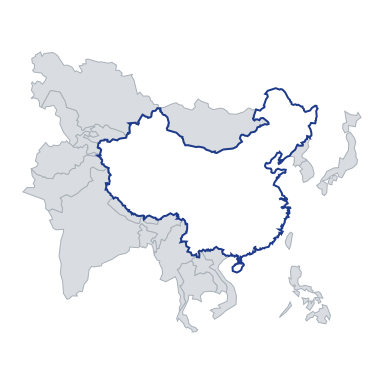 map of China with Kazakhstan, Uzbekistan, Thailand and 17 others greyed out
{"feature_id": "CHN", "entity_name": "China", "entity_type": "country or territory", "adm_level": 0, "iso_a3": "CHN", "parent_name": "Asia", "parent_adm1": "", "projection": "albers", "projection_center": [106.815, 35.887], "detail": "fine", "context": "with_neighbors", "style": "outline", "palette": "blue", "viewbox_px": 384, "rotation_deg": 0, "n_neighbors": 20, "source": "natural_earth", "source_scale": "50m", "svg_char_len": 18706}
<svg xmlns="http://www.w3.org/2000/svg" viewBox="0 0 384 384"><path d="M159.0,107.8L155.8,110.6L153.0,110.5L151.8,115.5L149.4,117.3L143.1,114.1L138.5,122.4L129.2,123.2L130.0,132.7L127.2,133.3L126.7,136.2L124.7,134.9L123.5,132.6L112.7,128.7L111.2,128.8L107.0,125.1L104.7,125.4L103.1,128.1L98.0,124.4L95.5,124.3L94.0,126.1L85.8,127.8L82.9,130.6L81.6,130.1L81.5,127.5L77.2,125.5L78.2,121.3L76.5,120.6L78.8,115.9L76.3,110.7L66.4,107.4L65.3,101.7L60.0,92.2L50.5,90.5L41.4,107.2L39.6,106.4L39.3,101.6L37.9,99.1L33.7,97.9L31.5,98.5L31.9,97.4L33.8,96.0L34.1,94.1L31.4,90.4L32.5,85.6L31.5,83.4L32.3,82.0L35.0,84.2L37.1,81.1L40.1,82.0L42.3,84.2L45.4,80.3L46.5,77.3L43.4,75.7L41.6,73.1L33.7,72.0L32.7,70.3L34.4,68.3L34.5,64.3L32.3,63.0L31.8,58.5L35.6,56.5L35.4,55.1L40.6,52.0L41.9,56.3L44.2,53.5L52.8,52.5L57.1,55.1L63.8,65.3L67.9,65.2L72.4,67.5L74.9,71.7L76.5,70.8L80.4,73.1L82.2,71.3L79.1,65.9L82.9,65.1L82.9,63.7L86.2,63.9L85.7,59.8L87.7,59.0L98.9,62.3L100.7,61.8L108.5,63.2L111.8,62.3L116.5,65.3L115.6,70.3L119.1,70.3L122.2,73.2L121.1,75.6L124.1,76.3L132.9,74.3L131.3,75.5L134.0,80.2L137.4,94.3L139.8,92.2L143.3,96.1L148.2,96.0L149.7,97.3L150.6,100.4L152.6,101.9L153.6,104.3L157.9,104.5L159.0,107.8Z" fill="#d9dde1" stroke="#a8b0b8" stroke-width="1"/><path d="M41.4,107.2L50.5,90.5L60.0,92.2L65.3,101.7L66.4,107.4L76.3,110.7L78.8,115.9L76.5,120.6L78.2,121.3L77.2,125.5L81.5,127.5L81.6,130.1L82.9,130.6L85.8,127.8L94.0,126.1L94.8,127.0L90.7,129.0L92.6,131.8L95.6,131.5L98.8,135.6L93.0,137.4L89.0,135.5L89.0,134.0L90.6,132.0L85.4,131.3L80.3,135.9L77.5,134.5L75.7,136.2L77.8,138.5L77.2,142.3L73.1,146.4L68.8,143.3L70.1,140.4L63.6,132.4L59.9,124.0L60.5,118.4L59.8,117.0L56.1,115.4L55.3,113.8L56.8,110.0L53.6,105.3L49.5,106.5L45.8,106.6L45.1,109.1L41.4,107.2Z" fill="#d9dde1" stroke="#a8b0b8" stroke-width="1"/><path d="M215.3,292.0L210.5,291.2L203.9,291.9L200.4,295.8L201.4,301.7L196.9,299.3L192.4,299.1L193.4,295.4L188.9,295.1L188.1,300.4L182.7,311.3L182.8,314.7L186.3,315.1L188.2,319.6L188.9,323.7L191.8,326.5L195.1,327.3L197.8,329.8L195.9,331.6L192.2,332.0L191.9,329.6L187.6,327.3L186.6,328.0L184.5,326.1L183.8,323.7L178.7,318.4L177.5,321.1L176.7,318.4L179.5,311.1L185.7,302.2L184.0,297.7L183.9,292.7L179.8,286.0L181.6,285.3L183.8,281.2L177.2,269.4L179.3,268.7L182.0,263.5L185.5,263.6L191.3,260.7L193.2,262.3L193.3,265.3L196.6,265.8L195.1,270.9L195.0,275.4L200.3,272.7L201.8,273.6L204.7,273.6L205.7,271.9L209.4,272.4L213.1,276.5L213.3,281.4L217.3,285.7L217.0,289.8L215.3,292.0Z" fill="#d9dde1" stroke="#a8b0b8" stroke-width="1"/><path d="M226.4,292.4L221.9,290.6L219.5,294.0L215.3,292.0L217.0,289.8L217.3,285.7L213.3,281.4L213.1,276.5L209.4,272.4L205.7,271.9L204.7,273.6L201.8,273.6L200.3,272.7L195.0,275.4L195.1,270.9L196.6,265.8L193.3,265.3L193.2,262.3L191.3,260.7L192.4,258.9L196.7,255.9L197.0,257.1L199.6,257.3L199.1,251.6L201.6,250.9L206.2,259.7L212.1,259.9L213.8,264.3L210.7,265.5L209.3,267.3L215.1,270.4L222.2,280.7L226.0,284.1L227.3,287.5L226.4,292.4Z" fill="#d9dde1" stroke="#a8b0b8" stroke-width="1"/><path d="M191.3,260.7L185.5,263.6L182.0,263.5L179.3,268.7L177.2,269.4L183.8,281.2L181.6,285.3L179.8,286.0L183.9,292.7L184.0,297.7L185.7,302.2L179.5,311.1L179.3,307.6L181.2,304.1L179.7,301.1L180.6,295.9L178.7,293.2L177.2,281.0L175.4,276.7L165.8,281.7L160.1,279.4L162.6,273.6L162.1,268.9L159.1,262.7L159.9,261.0L157.2,260.0L154.4,255.5L154.6,251.4L156.2,252.4L156.8,248.9L159.3,248.0L159.1,245.8L160.3,244.2L161.2,239.1L164.7,240.7L167.2,236.8L167.8,234.4L170.8,230.4L171.0,227.5L177.1,224.6L180.2,225.9L180.2,222.7L181.8,221.9L181.7,220.0L184.3,219.8L185.5,223.0L187.3,224.3L186.6,232.4L181.9,236.3L180.8,242.2L185.8,241.8L186.5,246.6L189.4,247.8L187.7,251.8L193.1,255.0L196.6,253.8L196.7,255.9L192.4,258.9L191.3,260.7Z" fill="#d9dde1" stroke="#a8b0b8" stroke-width="1"/><path d="M210.3,310.2L215.0,308.3L220.5,308.1L218.2,305.1L227.0,301.4L227.6,295.7L226.4,292.4L227.3,287.5L226.0,284.1L222.2,280.7L215.1,270.4L209.3,267.3L210.7,265.5L213.8,264.3L212.1,259.9L206.2,259.7L201.6,250.9L204.2,249.8L212.5,249.5L216.6,246.9L218.8,248.8L223.1,249.8L222.3,252.7L224.6,254.7L229.4,256.0L223.0,260.3L219.0,265.0L217.9,268.5L226.2,280.2L230.8,283.2L233.9,287.1L236.5,296.0L236.0,304.5L225.6,310.9L221.3,314.9L214.6,319.2L212.7,316.1L214.2,313.0L210.3,310.2Z" fill="#d9dde1" stroke="#a8b0b8" stroke-width="1"/><path d="M307.4,136.1L311.2,139.3L309.7,139.3L307.9,143.3L308.9,146.9L305.7,151.3L302.1,154.4L302.1,157.3L306.4,159.5L306.1,160.9L301.9,162.4L300.9,164.9L299.0,165.6L297.0,165.0L295.6,166.7L295.3,165.8L293.0,164.9L294.5,161.7L294.0,160.8L294.4,157.9L294.0,157.1L289.7,155.9L292.1,152.1L295.7,148.6L297.5,144.5L299.5,145.7L302.7,145.2L301.6,142.7L306.7,139.3L307.4,136.1Z" fill="#d9dde1" stroke="#a8b0b8" stroke-width="1"/><path d="M299.0,165.6L300.9,164.9L301.9,162.4L306.1,160.9L306.4,159.5L311.0,164.7L312.7,167.8L314.1,173.6L313.3,176.7L309.9,178.5L307.1,181.3L303.6,182.4L302.6,179.8L302.6,175.8L299.8,170.9L302.5,169.4L299.0,165.6Z" fill="#d9dde1" stroke="#a8b0b8" stroke-width="1"/><path d="M160.4,107.7L164.0,107.5L170.9,104.3L176.2,102.7L178.8,104.7L182.1,105.2L184.0,107.8L191.9,110.1L195.4,106.9L194.4,103.8L198.1,99.0L201.5,101.3L208.1,103.6L208.6,107.3L213.2,109.6L220.5,108.2L223.7,108.8L227.0,111.2L229.0,113.8L236.3,114.3L243.7,111.9L248.3,108.0L250.3,108.4L252.1,109.9L256.0,109.2L252.9,118.3L253.9,120.3L255.8,119.5L259.2,119.9L261.6,117.8L264.5,119.1L268.0,122.2L267.9,124.1L265.1,123.8L260.2,125.1L257.9,126.8L255.7,130.4L250.5,132.8L247.1,135.8L241.4,134.6L239.7,138.0L241.6,141.6L236.7,146.3L232.4,148.2L226.9,148.5L221.0,150.3L216.6,153.0L215.0,151.4L210.5,151.2L205.2,147.9L201.6,146.9L196.7,147.3L185.2,145.2L183.4,142.0L182.3,137.1L180.1,136.2L176.3,132.5L167.6,129.7L166.7,127.3L169.0,121.6L167.3,117.2L162.9,114.5L160.6,111.3L160.4,107.7Z" fill="#d9dde1" stroke="#a8b0b8" stroke-width="1"/><path d="M181.7,220.0L181.8,221.9L180.2,222.7L180.2,225.9L177.1,224.6L171.0,227.5L170.8,230.4L167.8,234.4L167.2,236.8L164.7,240.7L161.2,239.1L160.3,244.2L159.1,245.8L159.3,248.0L156.8,248.9L155.5,240.6L154.2,240.4L153.0,243.5L150.9,240.5L152.7,237.9L154.8,237.9L157.5,234.0L155.1,232.7L146.7,230.7L146.9,227.2L144.8,226.5L141.7,223.7L139.4,226.8L142.2,230.1L139.0,231.4L137.7,233.1L140.2,234.9L138.9,237.8L139.8,241.8L139.8,246.0L138.8,247.7L129.7,247.0L129.2,250.7L126.1,253.1L118.6,255.0L111.9,259.4L102.0,263.6L101.5,265.8L93.9,266.9L91.6,266.5L89.1,269.7L87.7,280.1L84.3,283.9L82.2,291.8L79.4,291.2L76.1,294.1L77.3,296.0L72.2,295.9L69.5,298.5L67.1,299.2L63.5,293.5L62.6,281.2L60.4,273.2L61.2,263.9L59.0,256.0L61.0,239.8L63.0,234.1L63.7,229.4L56.1,229.8L53.2,228.1L49.6,220.2L52.4,219.3L51.8,216.9L48.3,210.9L52.4,208.9L61.9,212.6L62.6,208.2L61.1,204.9L62.0,201.0L60.1,197.8L66.6,194.6L71.3,196.8L77.5,193.3L81.8,189.2L87.4,185.7L88.5,182.2L92.9,180.5L90.5,177.0L90.3,168.5L92.9,167.0L98.4,170.1L103.0,170.8L108.0,167.8L110.5,174.8L108.9,178.8L109.8,181.8L108.9,184.3L106.2,182.8L105.8,188.6L113.7,197.9L110.5,199.4L107.6,203.6L119.6,214.3L125.4,216.3L127.3,219.4L135.7,222.9L139.4,223.5L141.1,216.2L143.9,215.6L143.5,220.7L147.1,223.3L150.1,223.0L157.4,224.3L158.2,221.3L156.6,219.4L160.2,219.3L164.7,216.1L170.2,213.5L173.7,215.2L177.0,213.3L178.7,216.7L177.0,218.7L181.7,220.0Z" fill="#d9dde1" stroke="#a8b0b8" stroke-width="1"/><path d="M156.8,248.9L156.2,252.4L154.6,251.4L154.4,255.5L153.0,247.6L151.5,244.4L147.2,243.5L147.3,245.6L145.4,248.1L143.6,246.8L142.7,247.6L139.8,246.0L139.8,241.8L138.9,237.8L140.2,234.9L137.7,233.1L139.0,231.4L142.2,230.1L139.4,226.8L141.7,223.7L144.8,226.5L146.9,227.2L146.7,230.7L155.1,232.7L157.5,234.0L154.8,237.9L152.7,237.9L150.9,240.5L153.0,243.5L154.2,240.4L155.5,240.6L156.8,248.9Z" fill="#d9dde1" stroke="#a8b0b8" stroke-width="1"/><path d="M154.9,217.7L158.2,221.3L157.4,224.3L150.1,223.0L147.1,223.3L143.5,220.7L143.5,219.7L147.1,216.4L149.7,215.6L154.9,217.7Z" fill="#d9dde1" stroke="#a8b0b8" stroke-width="1"/><path d="M141.1,216.2L139.4,223.5L135.7,222.9L127.3,219.4L125.4,216.3L119.6,214.3L107.6,203.6L110.5,199.4L115.8,197.1L118.7,199.5L122.2,203.8L124.4,205.1L125.3,207.8L128.4,209.6L131.4,212.5L141.1,216.2Z" fill="#d9dde1" stroke="#a8b0b8" stroke-width="1"/><path d="M108.0,167.8L103.0,170.8L98.4,170.1L92.9,167.0L90.3,168.5L90.5,177.0L92.9,180.5L88.5,182.2L87.4,185.7L81.8,189.2L77.5,193.3L71.3,196.8L66.6,194.6L60.1,197.8L62.0,201.0L61.1,204.9L62.6,208.2L61.9,212.6L52.4,208.9L48.3,210.9L45.6,208.4L45.8,204.5L44.0,199.6L23.0,191.9L27.2,187.4L34.2,187.8L34.8,185.5L33.2,183.8L35.1,179.7L32.2,175.8L31.3,168.9L36.7,174.4L41.0,175.6L43.1,177.3L44.3,176.6L46.9,178.3L52.9,178.6L54.8,174.6L58.1,172.8L61.1,174.1L62.0,172.9L65.3,173.5L66.6,174.5L68.6,173.8L69.6,170.8L72.4,168.6L75.3,168.3L75.0,164.5L78.6,166.1L80.3,164.7L80.9,162.8L83.5,161.5L83.8,156.5L86.8,155.2L100.3,156.5L102.3,159.7L102.3,163.8L108.0,167.8Z" fill="#d9dde1" stroke="#a8b0b8" stroke-width="1"/><path d="M68.8,143.3L70.8,144.2L74.0,147.4L77.3,146.9L78.2,148.4L80.2,146.6L82.4,147.6L84.3,145.3L86.5,144.2L88.1,146.0L87.2,147.4L88.2,148.0L86.3,152.0L87.2,154.1L90.7,153.6L93.8,152.3L100.1,154.8L100.3,156.5L86.8,155.2L83.8,156.5L83.5,161.5L80.9,162.8L80.3,164.7L78.6,166.1L75.0,164.5L75.3,168.3L72.4,168.6L69.6,170.8L68.6,173.8L66.6,174.5L65.3,173.5L62.0,172.9L61.1,174.1L58.1,172.8L54.8,174.6L52.9,178.6L46.9,178.3L44.3,176.6L43.1,177.3L41.0,175.6L36.7,174.4L31.3,168.9L36.8,166.4L38.0,163.3L35.5,161.1L37.2,153.7L40.1,151.9L38.8,150.5L45.8,142.5L48.7,146.1L51.8,146.8L53.5,145.0L56.7,145.7L59.4,145.2L61.8,141.7L65.3,142.1L66.6,140.7L68.8,143.3Z" fill="#d9dde1" stroke="#a8b0b8" stroke-width="1"/><path d="M73.1,146.4L77.2,142.3L77.8,138.5L75.7,136.2L77.5,134.5L80.3,135.9L85.4,131.3L90.6,132.0L89.0,134.0L89.0,135.5L90.5,135.9L88.6,136.9L85.1,134.7L83.6,137.3L87.7,138.4L91.5,141.6L98.6,143.3L98.0,148.2L99.4,148.1L101.2,150.0L100.1,154.8L93.8,152.3L90.7,153.6L87.2,154.1L86.3,152.0L88.2,148.0L87.2,147.4L88.1,146.0L86.5,144.2L84.3,145.3L82.4,147.6L80.2,146.6L78.2,148.4L77.3,146.9L74.0,147.4L73.1,146.4Z" fill="#d9dde1" stroke="#a8b0b8" stroke-width="1"/><path d="M94.0,126.1L95.5,124.3L98.0,124.4L103.1,128.1L104.7,125.4L107.0,125.1L111.2,128.8L112.7,128.7L123.5,132.6L124.7,134.9L126.7,136.2L125.9,137.2L119.5,138.3L117.7,139.9L112.9,139.1L110.6,141.8L106.9,140.0L104.1,140.1L99.9,141.3L100.0,142.6L98.6,143.3L91.5,141.6L87.7,138.4L83.6,137.3L85.1,134.7L88.6,136.9L90.5,135.9L93.0,137.4L98.8,135.6L95.6,131.5L92.6,131.8L90.7,129.0L94.8,127.0L94.0,126.1Z" fill="#d9dde1" stroke="#a8b0b8" stroke-width="1"/><path d="M292.6,233.4L290.7,245.0L289.3,249.3L286.2,245.5L285.2,241.8L287.2,236.5L290.3,232.2L292.6,233.4Z" fill="#d9dde1" stroke="#a8b0b8" stroke-width="1"/><path d="M298.6,296.6L293.0,291.3L297.4,290.9L299.4,292.3L298.6,296.6ZM306.2,307.5L308.2,304.6L308.3,301.6L311.2,300.8L310.9,304.1L313.9,298.9L314.2,303.5L310.0,310.3L306.2,307.5ZM326.8,306.0L330.4,315.3L329.4,319.9L326.5,315.6L324.5,318.4L326.8,321.4L325.7,323.8L318.8,322.4L316.7,319.3L318.0,316.8L314.2,315.2L312.8,317.4L310.3,317.7L306.7,320.9L305.6,319.7L307.1,315.4L312.9,311.4L315.1,313.1L318.9,311.2L319.4,308.9L323.1,308.1L322.2,304.6L326.8,306.0ZM286.0,312.2L279.4,317.5L281.6,313.9L287.9,306.9L290.1,301.9L291.5,305.6L286.0,312.2ZM299.6,266.7L299.1,268.9L301.4,272.1L300.7,276.4L298.0,278.4L297.8,282.5L299.5,286.1L302.3,286.2L304.4,285.3L311.2,286.9L311.1,289.6L313.0,290.5L312.9,292.8L308.5,291.1L306.2,288.9L305.1,290.9L301.5,288.5L296.9,289.9L294.2,289.2L294.2,287.2L295.6,285.7L294.0,284.8L293.6,286.7L290.7,284.2L289.7,282.2L288.9,277.6L291.1,278.9L290.5,271.2L291.5,266.5L294.5,266.1L297.7,267.1L299.0,265.6L299.6,266.7ZM303.2,299.8L302.1,297.7L305.4,298.7L308.7,298.1L308.9,300.1L303.7,304.4L303.2,299.8ZM320.5,293.2L322.9,298.2L318.7,297.7L320.9,301.9L318.6,303.4L317.8,300.2L316.2,300.2L314.9,297.5L318.0,297.3L317.6,295.5L313.8,292.5L318.7,291.7L320.5,293.2Z" fill="#d9dde1" stroke="#a8b0b8" stroke-width="1"/><path d="M355.8,142.1L354.2,148.2L356.0,153.2L356.0,157.6L357.5,159.8L356.8,164.0L352.6,167.9L345.9,170.5L342.0,177.8L338.8,176.7L337.5,173.0L331.0,176.1L326.9,179.7L322.2,181.0L327.3,183.6L326.7,192.8L324.5,195.6L322.1,194.1L322.0,189.4L319.1,188.5L316.6,185.4L320.1,183.0L321.4,179.3L324.7,175.7L326.7,171.5L334.1,167.9L338.5,167.7L339.8,157.7L343.1,159.3L348.5,150.0L348.7,143.2L346.2,137.9L346.6,134.3L350.1,132.1L354.5,138.1L355.8,142.1ZM356.5,115.4L358.0,112.4L361.0,117.5L356.5,120.8L355.3,126.7L348.6,125.5L348.7,131.4L344.8,132.9L342.6,128.2L343.0,123.9L346.6,122.3L344.8,111.2L350.6,114.7L356.5,115.4ZM328.3,181.7L329.8,178.1L332.2,178.1L333.2,175.5L336.4,175.8L337.4,177.3L336.0,181.0L333.9,179.8L332.2,181.6L331.9,184.8L328.9,184.0L328.3,181.7Z" fill="#d9dde1" stroke="#a8b0b8" stroke-width="1"/><path d="M229.0,256.2L228.0,255.5L226.0,255.8L224.2,254.2L222.8,253.9L222.2,251.3L223.3,249.9L220.4,248.9L218.9,249.1L216.3,246.9L214.4,248.0L213.5,249.5L212.0,250.1L211.0,249.6L210.0,250.9L208.5,249.6L207.9,250.6L207.0,249.6L205.4,251.2L203.1,249.6L201.4,251.4L199.4,250.7L198.5,251.9L199.4,254.1L199.2,257.4L196.9,257.1L196.3,254.2L193.9,255.5L191.8,255.3L190.9,252.5L187.4,251.6L189.3,247.7L186.4,246.3L185.8,242.6L186.6,241.6L183.7,241.4L180.6,242.2L181.5,240.6L180.8,238.5L181.9,237.4L182.4,235.5L186.5,232.7L186.2,231.6L186.8,231.1L187.2,228.5L187.2,224.0L186.3,223.5L185.6,224.0L185.0,220.9L183.2,218.9L182.7,218.8L181.6,220.2L178.6,218.6L177.1,218.7L178.6,217.1L178.2,215.5L176.8,216.1L176.8,215.2L177.9,214.5L176.6,213.3L173.6,215.1L170.4,213.3L166.3,215.8L164.0,216.0L161.0,218.4L161.0,219.1L157.8,219.8L156.3,219.4L156.5,218.6L155.0,217.6L153.8,217.9L149.2,215.5L147.1,216.3L143.9,219.6L143.5,218.5L144.2,216.1L143.4,215.5L138.8,216.1L136.7,215.6L134.7,213.8L133.7,214.4L132.7,213.3L131.8,214.2L130.9,212.0L128.5,211.3L129.0,210.0L127.4,209.8L125.3,207.5L125.2,205.8L122.9,205.5L121.6,202.9L118.2,199.7L117.8,198.2L115.2,197.4L113.6,198.6L112.3,196.2L110.4,194.9L110.6,193.8L107.8,191.6L107.1,189.5L105.6,189.6L106.4,186.4L105.8,183.2L107.2,183.1L107.7,184.6L109.1,184.2L109.7,180.8L108.9,178.8L109.3,176.1L110.7,175.0L108.5,172.4L108.3,169.2L108.8,168.1L105.2,166.6L103.7,165.2L103.6,164.3L102.1,164.2L101.4,162.7L102.2,161.2L102.1,159.7L100.7,158.7L100.7,157.8L97.4,155.5L100.6,155.2L100.1,153.8L101.2,149.8L99.5,147.9L98.4,148.1L97.7,147.5L98.5,143.2L99.7,142.9L99.8,141.7L100.8,140.7L104.3,140.4L104.5,139.6L107.4,139.8L107.3,141.5L109.7,142.0L112.8,139.3L117.3,140.4L118.6,139.2L120.2,138.6L126.2,137.7L126.8,134.6L128.4,133.9L128.1,132.9L129.7,132.7L129.4,127.7L130.0,125.4L130.7,124.7L128.8,123.3L135.7,122.7L136.3,123.8L138.2,124.5L138.9,123.1L138.1,122.0L142.5,114.7L145.5,116.6L147.7,117.1L148.0,117.9L150.6,117.2L151.3,116.4L151.6,113.0L152.6,111.2L155.6,110.7L157.3,108.2L160.4,108.4L160.5,109.2L159.9,109.7L160.8,110.8L160.4,111.5L162.0,112.7L162.1,113.5L163.4,114.9L164.9,115.0L167.4,117.3L168.9,123.2L168.3,124.7L168.4,125.9L166.8,128.3L167.3,130.1L176.4,132.7L180.2,136.3L182.4,136.9L182.2,138.1L182.9,138.6L183.7,142.2L185.3,145.3L188.3,145.2L196.5,147.1L198.4,146.6L203.9,147.7L206.3,149.8L209.6,150.7L212.0,152.1L214.9,151.5L214.9,152.6L216.7,153.0L223.3,149.5L232.8,148.6L236.6,146.8L238.7,143.8L242.0,141.7L239.9,138.4L240.6,136.0L241.5,134.8L243.3,134.7L244.4,135.5L247.6,136.1L249.3,134.8L250.8,132.5L254.7,131.8L256.4,130.2L257.4,127.3L260.0,126.7L260.3,125.5L261.4,125.7L265.0,124.1L266.8,124.6L268.6,124.1L268.6,123.1L267.7,121.7L263.1,118.0L260.6,118.3L259.4,120.2L257.3,119.3L255.5,119.5L254.5,120.5L253.4,119.6L253.0,118.3L253.8,117.7L253.8,116.0L256.1,109.5L260.1,110.6L261.9,108.8L264.4,107.3L264.5,106.2L263.8,105.7L266.0,99.4L267.8,96.7L267.2,94.4L265.2,93.9L267.7,90.8L275.7,88.2L279.7,89.6L280.5,89.1L282.4,89.5L285.2,92.4L288.2,98.2L289.9,99.8L290.3,101.6L291.3,102.1L291.6,104.1L293.3,104.9L295.5,104.3L296.9,105.1L298.3,104.7L301.2,106.6L302.4,106.5L302.7,107.8L303.8,108.9L304.0,110.5L305.3,111.9L310.1,110.5L311.8,108.0L315.2,105.7L316.5,105.9L316.5,107.2L317.6,108.5L316.2,111.0L316.7,116.5L316.0,118.6L316.1,120.1L315.4,120.8L315.6,122.7L315.1,123.4L311.0,122.9L310.1,124.9L308.7,126.0L310.6,129.6L311.4,133.1L311.4,135.6L309.3,137.0L309.9,137.4L309.9,137.9L308.6,137.1L308.4,136.4L307.1,136.1L307.0,139.1L305.7,139.6L304.7,141.8L301.6,142.7L302.9,144.4L302.6,145.7L298.9,145.7L297.8,144.6L297.1,145.1L295.2,149.7L291.5,152.8L289.7,155.9L287.4,156.5L284.6,158.5L281.8,161.8L280.7,162.2L280.7,162.9L278.9,163.9L278.5,163.0L280.6,161.7L280.3,161.1L280.9,160.2L278.8,160.5L278.7,159.7L279.6,159.0L279.4,158.0L280.4,157.3L281.7,154.2L279.7,152.0L279.4,152.8L277.3,152.8L275.2,156.6L271.4,159.6L270.2,162.7L267.7,163.6L266.6,162.9L265.7,163.5L265.0,165.8L265.6,167.2L267.1,168.3L270.8,168.6L271.6,170.3L271.3,172.2L272.7,173.0L274.6,172.7L276.1,169.8L278.0,168.7L281.7,170.1L283.3,169.5L285.7,169.8L285.2,171.7L285.5,172.2L284.9,172.9L283.2,172.5L280.0,174.8L279.1,174.8L279.5,175.8L278.8,176.0L278.7,177.5L277.8,178.0L277.4,177.2L276.9,177.4L276.6,177.9L277.4,178.5L274.5,182.4L273.7,184.9L278.6,187.2L281.9,193.3L282.1,195.2L284.3,196.1L285.0,197.4L286.8,198.5L287.0,199.4L286.6,199.5L284.8,199.0L283.2,199.1L281.1,198.2L279.2,199.3L282.0,198.7L282.4,199.5L286.5,201.5L287.4,202.7L287.7,203.4L285.9,204.4L283.9,206.7L282.0,207.0L281.0,207.9L282.3,207.4L283.0,208.2L285.5,207.0L287.6,208.4L289.4,208.6L287.2,211.0L288.7,210.0L289.2,210.6L289.3,212.5L288.3,212.0L287.2,212.8L288.4,213.6L287.8,213.8L288.4,214.1L287.7,215.3L288.6,217.0L287.1,217.5L286.5,217.1L285.9,218.7L285.0,218.9L285.5,219.5L284.6,221.2L284.8,222.1L282.8,226.3L282.1,226.6L281.7,225.4L281.3,226.1L280.7,225.8L282.3,228.0L280.6,229.6L279.1,229.5L280.1,230.2L281.4,229.8L281.8,232.9L279.7,232.8L280.3,233.9L279.0,234.2L278.8,235.6L277.6,236.2L277.9,237.3L275.3,237.6L274.2,238.5L275.3,239.5L273.6,241.8L272.8,241.9L272.5,243.2L272.1,242.6L271.2,243.4L270.4,243.1L268.7,246.8L264.8,247.7L264.2,248.4L262.8,248.0L261.3,249.2L260.3,248.5L259.9,249.7L257.4,250.0L255.4,248.4L255.3,247.0L254.8,247.2L254.0,248.2L255.2,249.7L255.3,251.6L253.4,252.5L253.1,251.8L252.6,253.4L250.9,254.1L249.7,253.2L249.5,254.4L247.8,253.9L246.3,255.5L243.5,255.8L241.4,257.4L240.6,256.8L239.5,258.8L240.5,259.3L240.3,260.2L241.3,260.9L240.5,262.0L238.3,261.8L238.7,261.3L237.1,259.0L238.3,256.2L236.6,255.2L236.5,255.9L234.6,256.6L234.4,255.7L232.8,255.6L231.4,254.2L231.5,255.6L230.7,255.3L229.0,256.2ZM243.2,263.5L243.9,265.1L242.1,267.0L241.3,269.7L239.5,271.3L236.8,272.5L232.8,271.0L232.5,267.2L235.4,264.9L234.9,264.8L235.3,264.3L239.7,263.3L241.7,263.6L242.0,262.8L243.2,263.5ZM287.2,200.5L285.7,200.4L284.2,199.3L285.3,199.4L287.2,200.5ZM290.2,208.0L289.0,208.0L288.7,207.3L290.1,207.5L290.2,208.0ZM282.6,231.7L282.1,232.6L282.1,231.6L282.6,231.7ZM240.1,258.5L241.2,258.1L241.1,258.7L240.1,258.5Z" fill="none" stroke="#1e3a8a" stroke-width="2"/></svg>